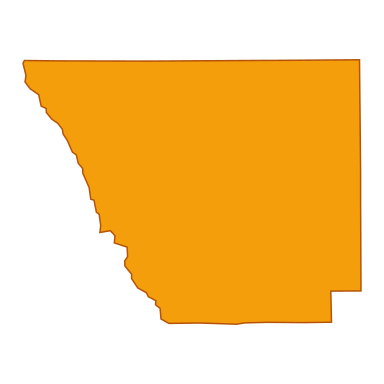 outline of Larimer, Colorado, United States of America
{"feature_id": "52423323B69154914244995", "entity_name": "Larimer", "entity_type": "district", "adm_level": 2, "iso_a3": "USA", "parent_name": "United States of America", "parent_adm1": "Colorado", "projection": "orthographic", "projection_center": [-105.711, 40.628], "detail": "fine", "context": "isolated", "style": "filled", "palette": "amber", "viewbox_px": 384, "rotation_deg": 0, "n_neighbors": 0, "source": "geoboundaries", "source_scale": "gbopen_adm2", "svg_char_len": 861}
<svg xmlns="http://www.w3.org/2000/svg" viewBox="0 0 384 384"><path d="M114.3,242.9L127.1,247.1L127.6,256.6L124.7,261.0L124.9,266.0L131.6,274.2L131.6,278.6L137.8,288.0L146.4,292.7L148.3,296.7L155.8,300.6L155.6,304.8L160.1,308.4L161.0,319.0L168.9,323.4L199.2,323.0L236.6,324.2L244.5,322.9L267.8,322.3L303.2,322.6L331.5,322.2L330.8,291.1L345.5,291.0L350.7,291.0L351.3,291.0L361.0,290.9L360.6,203.2L360.6,172.3L359.5,59.8L275.8,60.4L275.4,60.4L269.9,60.4L149.5,61.1L148.0,61.1L59.1,60.9L24.4,60.5L23.0,63.3L26.0,75.6L25.0,81.9L30.2,88.8L38.7,94.7L41.2,106.2L46.2,108.5L46.3,112.4L51.7,119.1L57.9,123.4L62.4,129.4L63.1,134.0L67.4,140.6L72.4,152.1L76.3,154.9L78.3,163.3L82.7,168.6L82.8,173.2L89.1,187.5L90.8,199.2L94.0,200.2L96.4,212.2L99.2,214.4L100.7,225.5L99.9,232.5L110.4,230.7L115.0,235.7L114.3,242.9Z" fill="#f59e0b" stroke="#b45309" stroke-width="1.5"/></svg>